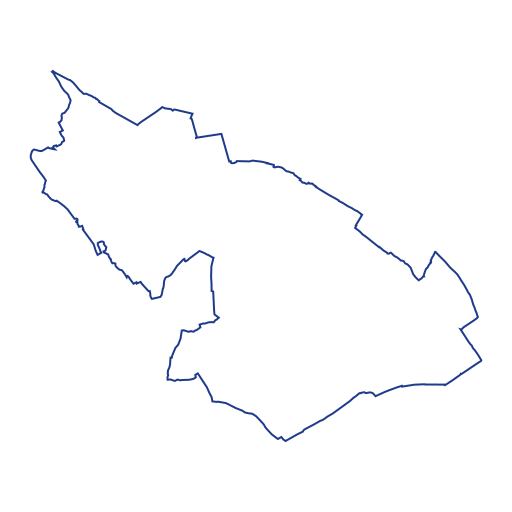 Dobarceni, Botosani, Romania
{"feature_id": "2599482B34827774742587", "entity_name": "Dobarceni", "entity_type": "district", "adm_level": 2, "iso_a3": "ROU", "parent_name": "Romania", "parent_adm1": "Botosani", "projection": "mercator", "projection_center": [27.051, 47.84], "detail": "fine", "context": "isolated", "style": "outline", "palette": "blue", "viewbox_px": 512, "rotation_deg": 0, "n_neighbors": 0, "source": "geoboundaries", "source_scale": "gbopen_adm2", "svg_char_len": 5970}
<svg xmlns="http://www.w3.org/2000/svg" viewBox="0 0 512 512"><path d="M444.7,385.2L445.0,385.2L451.9,380.7L459.4,375.4L460.3,374.6L460.7,374.0L460.9,374.3L463.3,372.8L477.2,363.4L480.8,361.1L481.2,360.6L481.3,360.2L477.9,354.6L474.7,350.1L472.8,347.9L471.8,345.6L470.3,344.1L468.8,342.1L460.5,329.3L461.2,329.5L461.8,329.2L463.4,327.4L473.8,320.5L476.9,318.2L477.9,317.0L477.1,315.1L476.6,313.1L475.6,310.8L474.2,306.6L473.3,304.8L471.8,299.5L469.8,294.6L468.0,292.2L466.9,289.9L464.1,284.9L460.4,279.3L460.2,278.7L457.3,274.4L454.9,271.9L450.2,267.6L444.9,261.4L438.8,255.4L435.5,251.9L435.1,251.9L433.3,255.8L432.2,257.4L430.7,260.6L431.1,261.3L430.9,261.6L431.0,261.8L430.4,262.5L430.8,262.9L429.1,264.6L427.5,267.6L427.1,268.1L426.3,268.5L425.9,269.2L424.8,272.0L423.8,275.2L423.7,275.8L424.0,276.4L423.1,276.5L421.6,278.3L418.7,280.3L415.5,277.2L413.2,274.2L410.6,267.6L407.5,264.4L405.2,263.4L403.7,261.2L402.9,260.8L401.0,260.6L397.6,257.7L394.2,255.9L391.1,252.8L390.4,252.7L388.8,253.7L387.4,253.5L387.1,252.7L383.6,250.6L379.5,247.0L379.2,247.3L365.4,236.3L362.7,234.5L359.7,231.4L355.1,227.9L356.3,225.7L355.8,225.4L361.3,216.2L362.0,214.9L361.6,214.7L361.8,214.5L357.3,211.2L354.5,209.9L351.8,208.1L348.2,206.4L342.5,202.8L338.8,201.0L338.7,200.4L335.8,198.7L329.0,195.0L319.9,189.5L315.7,186.8L316.0,186.4L313.1,184.5L312.9,184.0L312.3,183.6L311.4,183.5L310.5,183.8L308.5,182.7L308.1,183.5L306.3,183.8L304.3,182.8L302.5,182.6L300.9,180.8L299.7,180.1L300.5,178.9L298.4,177.8L295.7,175.6L294.9,175.4L293.4,173.2L290.5,172.4L288.7,171.6L287.0,171.4L286.1,171.0L283.1,168.4L281.3,167.4L278.1,166.7L274.5,167.4L273.5,166.8L273.9,166.3L273.8,164.9L267.3,163.4L267.6,163.1L266.5,162.8L261.6,161.7L252.4,160.6L249.6,161.4L236.8,161.1L236.3,162.0L234.3,163.0L232.6,163.2L231.3,163.1L230.9,162.6L230.8,161.3L229.2,161.5L221.4,133.9L197.2,137.6L196.0,138.0L196.0,137.7L196.8,136.7L194.1,127.5L192.5,121.4L191.7,118.9L190.6,118.4L191.5,115.9L192.5,113.7L174.6,109.5L174.1,109.5L173.1,110.5L172.7,110.6L170.9,109.1L165.3,108.4L162.2,107.1L160.6,108.5L156.5,111.6L140.9,122.1L138.7,123.8L137.5,125.1L115.5,112.8L112.7,110.7L111.5,109.2L99.2,102.1L99.3,101.1L98.7,100.8L97.2,99.2L96.2,99.1L95.4,97.9L93.2,97.2L92.0,96.2L89.8,95.3L89.1,95.2L88.8,94.9L86.2,93.7L84.7,93.9L83.5,93.7L82.9,93.3L82.5,92.7L79.4,90.0L75.3,85.0L72.9,82.3L70.1,80.1L68.3,79.6L55.3,72.8L52.8,71.0L52.0,71.8L53.6,73.3L55.9,77.3L59.0,81.7L61.0,86.1L62.7,88.8L64.4,91.0L67.7,94.1L68.3,95.0L69.1,97.2L70.6,100.1L70.1,102.7L69.3,104.5L68.7,106.3L68.6,107.3L68.2,108.2L64.6,112.8L62.4,113.6L61.9,114.2L61.5,115.8L61.5,116.3L61.9,117.5L61.5,120.3L60.1,121.8L58.7,122.6L62.8,130.5L59.8,132.0L61.6,135.6L63.4,137.5L64.2,140.3L63.9,141.1L62.2,141.9L61.1,144.2L60.0,144.9L56.6,146.4L56.2,145.4L53.6,146.1L53.0,147.3L53.5,148.0L54.8,149.3L52.2,148.9L51.5,148.2L50.3,148.5L49.2,148.2L48.1,147.4L43.3,150.2L41.5,151.1L39.4,150.9L34.2,149.5L33.4,149.8L32.0,151.3L31.0,154.4L30.7,155.8L30.7,157.2L31.0,158.6L31.9,160.5L39.8,172.1L43.5,176.9L45.9,180.6L45.2,182.3L44.9,184.0L44.4,185.1L44.5,187.3L44.2,187.7L43.1,191.1L42.4,192.0L42.5,192.5L42.9,192.7L43.7,192.5L45.9,194.1L47.3,194.5L48.1,195.8L50.3,198.4L52.1,199.8L53.6,200.3L54.8,200.9L56.6,201.1L56.8,200.8L60.0,203.0L64.4,206.4L67.6,209.4L74.5,218.8L76.5,218.6L77.3,219.0L77.5,219.7L77.5,220.7L77.4,221.0L76.6,221.0L76.2,221.3L76.2,222.1L77.4,222.6L77.6,224.1L78.7,225.7L78.8,226.7L80.1,226.6L82.2,225.9L83.4,229.3L82.9,229.6L93.7,244.3L95.8,251.0L97.6,254.9L101.3,252.8L100.4,251.2L100.0,249.8L97.8,244.8L97.7,244.2L97.9,242.9L101.1,241.5L102.8,241.6L103.5,242.0L103.9,242.7L103.9,244.1L105.1,245.9L106.3,247.1L105.8,249.4L105.7,250.1L105.0,250.9L103.5,251.4L103.5,251.8L103.8,252.3L105.2,253.1L106.5,253.5L107.2,254.2L108.0,254.3L108.6,255.4L108.9,256.9L109.4,257.3L110.0,258.7L110.8,259.1L110.9,260.4L111.8,262.5L112.4,263.3L113.0,263.1L113.9,263.1L115.4,263.6L115.3,264.5L115.7,266.1L117.1,267.7L119.5,269.7L121.6,270.1L122.6,271.1L125.0,274.4L126.7,277.3L127.1,276.1L127.4,275.9L127.8,276.1L128.9,277.2L129.7,278.7L133.5,283.7L136.4,282.3L136.7,283.6L140.6,281.9L142.1,284.1L147.8,290.4L148.7,291.2L149.8,291.1L150.3,293.8L150.3,295.5L150.8,297.2L151.9,298.9L160.4,296.9L161.6,295.0L162.5,290.6L162.7,290.0L162.7,289.4L162.8,288.7L163.3,288.0L163.7,286.0L164.1,281.1L165.3,278.0L166.6,276.9L168.3,276.5L169.4,275.8L170.7,275.0L171.7,273.9L174.8,269.5L177.0,265.9L183.6,259.2L184.4,258.9L185.0,261.1L185.7,261.4L188.3,259.7L188.9,258.9L199.5,251.0L204.5,253.1L207.3,254.7L208.2,254.9L212.8,257.6L213.5,257.7L211.4,266.2L211.1,276.7L211.5,283.7L211.6,291.0L213.1,291.4L213.2,291.7L214.1,310.1L214.4,314.1L214.6,314.5L218.8,317.7L217.0,319.3L215.2,320.4L213.7,322.3L211.3,322.1L208.3,322.4L206.2,323.2L204.1,323.6L203.1,323.5L199.6,324.6L200.4,327.3L197.6,329.4L196.3,330.2L195.1,330.5L193.8,331.6L192.6,331.6L190.7,331.1L189.0,331.8L187.9,331.6L183.8,330.3L181.8,330.5L180.5,338.7L178.2,344.7L175.4,347.9L172.2,355.6L171.8,357.7L170.5,357.6L170.1,363.8L169.8,365.7L169.4,367.4L167.9,370.7L167.9,372.5L167.7,373.6L168.2,375.1L167.7,376.5L167.5,377.7L167.6,379.7L170.7,379.5L173.4,380.5L175.0,380.9L177.5,379.6L180.2,380.3L182.4,380.0L188.6,379.8L191.6,379.3L193.8,378.7L195.8,377.3L195.3,375.0L197.8,373.4L206.9,387.3L209.3,392.7L211.6,397.1L212.4,401.4L216.6,401.9L218.2,401.7L226.0,403.1L235.6,408.0L242.4,410.7L245.0,412.5L248.5,413.3L252.2,413.7L256.1,416.2L260.5,420.8L263.9,424.6L265.3,427.2L267.5,429.8L271.9,434.5L277.9,439.0L281.3,437.0L283.4,439.5L285.5,441.0L297.4,434.3L302.9,431.6L303.4,430.5L304.4,429.5L314.4,424.2L320.3,420.8L322.4,420.1L324.6,418.7L327.1,416.8L332.9,413.4L349.6,401.3L353.6,397.7L355.6,396.4L359.4,393.2L360.9,393.2L361.0,392.9L362.1,392.6L364.2,392.2L365.2,392.8L366.1,393.1L369.5,392.4L371.3,392.6L372.4,393.0L373.3,393.6L375.5,396.2L384.7,392.0L389.5,390.1L397.1,387.3L402.0,385.8L402.2,386.6L414.3,384.7L423.3,384.3L425.1,384.3L425.2,384.5L444.5,384.6L444.7,385.2Z" fill="none" stroke="#1e3a8a" stroke-width="2"/></svg>